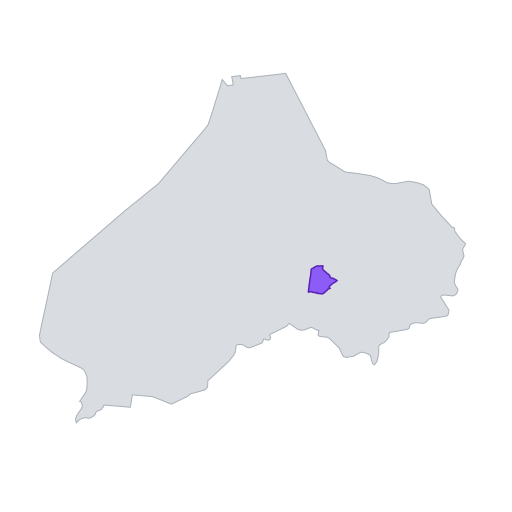 location of Al-Daur, Sala ad-Din, Iraq, rotated 96°
{"feature_id": "34846034B11462984737824", "entity_name": "Al-Daur", "entity_type": "district", "adm_level": 2, "iso_a3": "IRQ", "parent_name": "Iraq", "parent_adm1": "Sala ad-Din", "projection": "equal_earth", "projection_center": [44.202, 34.56], "detail": "fine", "context": "in_parent", "style": "filled", "palette": "violet", "viewbox_px": 512, "rotation_deg": 96, "n_neighbors": 0, "source": "geoboundaries", "source_scale": "gbopen_adm2", "svg_char_len": 4538}
<svg xmlns="http://www.w3.org/2000/svg" viewBox="0 0 512 512"><g transform="rotate(96 256 256)"><path d="M207.2,61.7L210.8,60.7L217.4,54.8L221.4,49.4L222.6,48.9L226.0,50.7L228.5,51.2L234.3,49.1L237.7,50.2L240.5,51.6L242.1,51.7L249.8,55.1L251.7,55.5L255.7,55.9L261.6,56.1L265.4,53.9L268.0,51.7L269.9,51.8L271.8,52.3L273.3,53.2L274.6,54.8L275.2,57.1L275.0,64.4L275.6,66.4L276.6,67.8L277.9,68.0L279.5,66.4L282.3,64.1L285.8,61.6L288.4,59.3L289.8,58.4L292.2,58.5L294.4,58.9L295.7,60.0L295.7,60.4L296.9,63.8L300.0,76.7L301.7,78.3L303.7,79.7L305.1,81.6L305.6,83.5L305.5,86.5L305.6,90.0L306.4,92.7L307.5,94.7L308.6,95.7L310.2,95.8L312.1,96.3L313.3,98.3L317.5,113.1L317.9,115.0L319.6,115.6L322.4,115.3L325.3,116.8L328.4,119.2L331.3,123.7L333.3,124.5L339.4,123.8L347.8,124.5L351.7,126.8L351.3,128.3L348.3,129.9L343.0,131.8L341.5,134.9L340.6,139.1L340.8,141.4L342.1,143.9L345.9,149.0L346.1,150.9L346.8,153.4L347.5,155.2L346.8,158.6L343.4,160.9L338.9,163.5L330.0,174.8L329.3,177.3L329.4,184.0L328.5,185.9L325.6,185.9L323.4,185.5L323.3,187.9L321.9,191.0L321.1,193.8L324.5,200.2L325.1,203.6L324.6,206.8L321.5,212.2L319.7,215.8L320.1,216.6L322.5,218.0L330.1,229.9L332.6,234.1L335.7,233.0L336.9,233.1L337.8,233.7L338.4,235.1L338.4,236.9L337.6,239.6L341.7,240.7L343.2,243.4L348.0,252.7L347.8,255.4L345.6,259.8L345.6,262.7L346.1,265.3L346.8,266.3L353.8,266.6L356.8,267.7L364.1,272.4L372.4,279.7L379.2,285.7L385.0,290.8L391.2,290.5L392.9,291.4L394.5,293.0L396.3,297.2L399.9,306.7L403.0,309.8L407.7,317.4L412.2,324.6L409.4,334.3L406.7,344.4L406.9,357.5L407.0,364.5L412.9,364.8L419.6,365.2L419.7,373.6L419.9,382.1L420.1,391.7L422.0,392.1L425.2,394.2L426.5,397.3L428.2,399.0L430.2,399.3L432.2,400.9L434.2,403.7L435.0,405.8L434.5,407.2L434.9,409.8L436.4,413.5L438.1,415.2L440.7,417.3L437.2,418.5L433.4,417.6L425.2,413.3L422.6,413.2L419.1,414.8L419.0,416.2L410.4,411.5L407.3,410.5L406.2,410.4L401.3,410.5L394.3,411.3L390.2,413.3L387.3,415.3L386.1,417.3L385.6,418.4L383.4,424.4L380.9,432.0L378.3,438.9L373.2,448.6L370.3,453.1L364.2,461.4L357.5,463.1L341.9,461.5L324.6,459.6L307.5,457.8L294.7,456.5L293.7,456.0L281.1,444.1L271.1,434.8L258.6,423.0L246.0,411.1L233.1,399.0L223.8,390.2L212.6,378.9L202.3,368.7L194.3,360.6L183.9,353.5L175.8,348.0L164.0,340.0L154.7,333.6L146.6,328.1L134.3,319.6L130.2,317.3L117.3,314.5L105.1,312.1L92.5,309.6L84.1,308.0L89.8,302.0L88.1,296.6L84.1,297.6L80.3,298.9L78.2,290.5L81.1,289.5L78.7,278.6L76.2,267.4L73.8,256.6L71.3,245.6L82.1,238.5L90.1,233.2L101.3,225.8L112.2,218.7L122.4,212.0L133.8,204.5L143.9,197.9L153.1,195.2L155.0,193.1L159.3,184.0L163.0,176.3L163.2,174.5L163.3,163.5L164.1,150.7L165.4,143.8L167.5,137.8L169.4,133.4L169.7,129.2L169.5,125.0L167.6,118.7L165.7,112.1L166.0,105.8L166.4,102.4L167.7,97.0L169.9,93.0L172.2,90.6L180.9,88.1L186.0,86.6L192.9,79.6L197.0,75.4L202.7,68.8L206.9,64.0L207.2,62.3L207.2,61.7Z" fill="#d9dde1" stroke="#a8b0b8" stroke-width="1"/><path d="M280.4,179.0L280.2,179.2L279.6,179.8L279.2,180.0L278.8,179.8L278.0,179.3L277.2,178.6L276.3,177.9L275.9,177.5L275.5,177.0L275.4,176.9L274.5,175.7L273.5,174.4L273.0,173.7L272.0,173.0L271.9,172.9L271.1,174.6L270.9,174.9L270.7,175.8L270.5,176.3L270.3,176.8L270.2,177.0L270.0,177.3L270.1,177.9L270.1,178.3L270.2,178.8L269.8,179.4L269.1,180.2L269.0,180.4L268.5,180.5L268.0,180.5L267.2,181.3L266.7,181.8L266.6,182.1L266.2,182.8L265.9,183.3L265.4,184.1L265.1,184.5L264.6,185.0L264.2,185.7L263.9,186.1L263.5,186.7L263.2,187.2L263.0,187.5L262.7,187.8L262.0,188.3L261.6,188.7L261.1,188.5L260.8,188.4L260.2,188.3L259.7,188.4L259.1,188.4L258.8,188.5L258.9,189.0L258.9,189.8L259.0,190.1L259.2,190.6L259.4,191.2L259.3,191.4L259.4,193.4L259.4,193.9L259.9,194.9L260.2,195.5L260.7,196.2L261.5,197.2L262.4,198.3L262.6,198.6L262.7,198.8L263.2,199.6L266.2,199.7L267.0,199.7L268.8,199.6L269.4,199.6L270.3,199.7L272.3,199.8L274.3,200.0L274.7,199.9L279.1,200.1L280.8,200.1L282.8,200.1L284.7,200.2L285.8,200.2L286.1,200.2L286.4,200.1L286.3,199.7L286.2,199.3L286.1,199.1L286.0,198.7L286.0,198.4L285.8,198.0L285.7,197.7L285.8,197.1L286.0,196.4L286.1,195.9L286.1,195.7L286.2,195.1L286.3,194.1L286.3,193.4L286.3,192.9L286.1,192.3L286.1,191.9L286.4,191.6L286.6,191.4L286.9,191.3L286.9,191.1L286.8,190.9L286.6,190.6L286.6,190.4L286.6,190.0L286.8,189.4L286.7,188.7L286.7,188.3L286.7,187.9L286.7,187.0L286.9,186.7L286.7,186.3L286.6,185.8L285.7,184.5L285.5,184.3L284.5,183.5L283.9,182.9L283.4,182.5L283.0,182.1L282.6,181.7L282.4,181.6L282.0,181.2L281.8,181.1L281.3,181.0L281.2,180.7L281.0,179.9L280.6,179.4L280.4,179.0Z" fill="#8b5cf6" stroke="#5b21b6" stroke-width="1.5"/></g></svg>